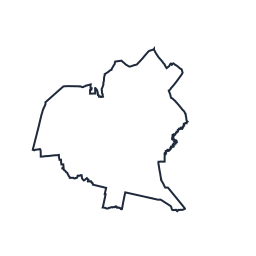 Balint, Timis, Romania, rotated 25°
{"feature_id": "2599482B87339498745971", "entity_name": "Balint", "entity_type": "district", "adm_level": 2, "iso_a3": "ROU", "parent_name": "Romania", "parent_adm1": "Timis", "projection": "mercator", "projection_center": [21.883, 45.829], "detail": "fine", "context": "isolated", "style": "outline", "palette": "slate", "viewbox_px": 256, "rotation_deg": 25, "n_neighbors": 0, "source": "geoboundaries", "source_scale": "gbopen_adm2", "svg_char_len": 5830}
<svg xmlns="http://www.w3.org/2000/svg" viewBox="0 0 256 256"><g transform="rotate(25 128 128)"><path d="M151.8,204.9L152.2,204.4L152.8,204.4L153.6,203.9L153.9,203.9L154.2,204.1L155.3,203.8L155.6,204.3L155.9,204.5L156.4,204.4L156.8,204.0L154.9,196.8L152.7,187.5L185.5,180.3L186.5,179.9L187.2,179.3L187.6,179.2L189.2,179.3L199.4,180.7L200.0,180.9L200.7,181.5L202.3,183.3L202.7,183.5L203.6,183.4L204.5,182.7L205.2,182.6L205.8,182.2L206.0,181.8L206.5,181.8L207.2,182.4L207.8,182.6L208.0,182.2L208.1,181.6L208.4,180.8L209.5,180.5L210.1,179.9L211.4,179.5L212.8,178.4L213.0,178.2L213.2,177.4L213.7,177.1L213.6,176.9L206.5,173.4L189.5,165.2L188.7,165.4L187.2,166.2L186.7,166.2L183.4,163.5L179.8,161.0L179.8,160.4L179.5,160.3L179.1,159.6L178.7,159.1L176.4,155.7L174.5,153.1L170.3,146.9L169.9,145.7L171.2,145.1L172.1,144.4L172.9,144.2L175.4,143.0L172.6,136.9L173.2,136.2L173.2,135.7L172.3,136.1L171.9,135.7L171.9,135.0L172.6,134.3L172.7,134.0L171.9,133.0L172.7,132.2L172.9,131.4L173.4,131.5L173.9,132.0L174.0,131.9L173.9,131.4L174.6,131.4L174.6,131.2L174.1,131.0L173.9,130.7L174.4,130.5L174.8,130.0L175.1,130.2L175.4,129.9L175.4,129.7L174.9,128.4L175.0,128.3L175.6,128.4L175.7,127.6L175.5,127.3L174.8,127.0L174.8,126.7L175.1,126.6L175.3,127.0L175.6,127.0L175.9,126.5L176.4,126.2L176.1,125.9L176.0,125.6L176.2,125.4L176.9,125.2L176.4,124.7L175.7,124.6L175.6,124.3L176.1,124.1L176.0,123.2L176.7,123.2L176.3,122.7L176.3,122.4L177.1,122.3L176.9,121.2L177.0,121.1L177.3,121.6L177.7,121.6L177.5,120.8L178.2,120.5L178.3,120.3L177.9,120.1L177.6,119.3L177.3,119.0L177.0,119.1L177.3,119.7L177.2,120.0L176.8,119.7L176.8,119.2L176.5,118.9L176.1,119.0L176.1,119.4L175.7,119.6L175.5,119.8L175.5,119.4L174.7,119.1L174.7,119.5L174.3,119.5L174.1,120.0L174.1,119.7L173.6,119.7L173.6,119.2L172.7,119.4L172.6,119.2L173.0,119.2L173.9,118.7L173.9,118.4L173.6,117.9L173.1,117.8L172.8,117.9L172.8,118.4L172.2,118.3L172.2,118.0L172.6,117.7L172.7,117.3L172.7,116.7L172.4,116.5L171.9,116.9L171.7,116.4L172.0,116.0L172.0,115.6L171.3,115.4L171.2,114.7L171.4,115.0L171.6,115.0L171.8,114.8L172.3,115.0L172.4,114.9L172.4,114.6L172.1,114.5L172.2,114.2L172.4,114.2L173.1,114.7L173.2,114.2L173.5,114.1L173.6,113.5L173.4,112.1L173.9,111.8L174.1,111.5L173.8,110.8L174.3,110.7L174.7,110.3L174.5,108.8L174.1,108.6L174.5,107.9L174.4,107.4L174.5,107.2L175.1,107.3L175.4,107.2L175.5,107.1L175.2,106.8L175.7,106.6L175.5,106.2L175.6,105.6L175.9,105.6L176.2,105.2L177.0,106.0L177.5,105.9L177.5,105.0L177.2,105.0L177.0,105.3L176.8,104.8L176.9,104.6L177.4,104.6L177.6,104.4L177.5,104.0L177.7,103.3L177.3,103.1L177.3,102.3L177.8,101.8L177.7,101.6L176.9,101.1L176.8,100.7L177.6,100.5L177.6,100.0L177.7,99.8L177.8,99.2L179.0,98.9L178.8,98.5L178.9,97.6L179.2,97.4L179.3,97.1L178.6,96.9L178.0,96.5L176.8,94.8L176.2,93.6L175.4,92.9L174.7,91.2L174.7,91.3L174.1,90.8L173.8,90.9L172.9,89.9L171.4,89.0L168.8,88.1L168.1,87.5L167.1,87.2L164.9,86.0L163.8,85.6L161.5,84.5L160.8,84.3L159.2,83.5L157.5,83.1L155.8,82.4L154.6,82.6L154.3,82.3L153.7,81.9L152.4,80.1L149.9,77.6L149.2,77.1L149.1,76.9L149.5,76.3L150.1,74.7L150.1,73.9L151.1,70.6L152.2,66.0L154.1,56.4L154.1,54.8L151.9,52.2L150.3,52.1L146.7,51.1L145.0,50.8L144.4,50.9L141.9,50.2L141.1,51.0L141.2,51.8L141.0,52.2L139.6,51.5L139.4,51.8L139.1,54.6L137.7,57.4L135.6,56.1L134.0,54.7L133.0,54.5L131.1,53.3L125.9,51.0L121.9,48.6L118.4,46.0L118.1,45.3L117.9,46.1L117.4,46.6L114.9,48.9L114.2,49.9L112.6,55.5L111.6,59.4L109.2,66.6L107.6,68.2L107.4,68.2L106.7,68.7L106.0,69.5L104.1,71.3L103.3,71.7L102.8,71.8L99.0,71.4L97.4,70.8L95.0,70.2L93.7,69.7L88.3,73.2L88.9,76.0L88.7,76.7L88.5,78.1L88.3,81.1L88.4,82.1L88.1,82.1L87.9,82.7L87.2,83.7L86.3,85.7L84.1,89.1L84.4,89.4L84.6,89.8L84.7,91.1L85.2,93.0L85.7,94.2L86.2,95.5L86.5,96.9L86.6,97.8L87.3,98.8L87.7,102.4L87.6,103.2L87.8,104.1L88.4,105.1L88.8,105.4L89.0,106.1L89.3,106.6L89.5,107.1L90.0,107.7L90.8,108.1L91.4,109.4L92.1,110.2L90.3,111.4L89.8,111.0L88.5,111.9L87.6,110.7L87.3,110.6L86.9,110.8L85.4,108.4L83.8,106.7L81.6,105.6L81.4,105.7L81.4,105.9L83.8,110.6L82.9,111.0L79.1,112.9L77.5,109.5L77.6,109.2L78.6,108.8L78.3,107.3L78.1,107.3L77.9,107.6L77.7,107.6L77.4,107.3L77.2,107.6L75.7,104.6L75.8,104.5L75.8,104.2L75.5,104.3L75.1,104.9L73.7,106.0L72.7,107.0L72.2,107.1L71.3,108.4L70.7,108.9L70.2,109.7L69.7,110.1L69.1,110.4L67.6,110.3L66.6,110.8L66.5,110.7L55.7,115.5L52.7,117.1L51.9,117.6L51.0,119.5L42.3,139.6L42.9,140.6L43.2,141.8L43.1,142.2L43.3,143.2L43.2,144.5L43.1,145.2L43.3,145.8L43.2,146.2L43.2,146.8L43.2,147.5L43.7,150.1L44.0,152.6L46.5,164.8L50.9,188.0L52.3,187.9L52.8,187.5L53.5,186.6L54.1,186.4L54.9,185.8L56.0,185.2L56.9,184.4L57.4,184.3L58.2,185.2L59.8,188.2L61.0,190.8L62.8,189.9L64.6,188.7L67.6,187.1L72.9,183.8L74.8,182.9L76.7,181.6L77.5,183.2L79.4,185.8L80.7,185.1L82.4,188.3L83.1,189.2L84.7,188.3L86.6,191.5L85.5,191.9L85.6,192.4L86.4,192.3L86.7,192.6L87.3,192.7L88.1,193.3L89.3,193.3L90.2,194.0L91.0,194.3L91.8,194.2L92.0,194.3L93.0,195.4L93.8,195.8L94.3,196.4L95.7,197.0L96.2,197.8L96.5,197.8L97.3,197.3L99.3,196.3L99.9,196.5L100.9,196.3L101.2,196.2L101.5,195.5L102.5,195.1L102.7,194.8L102.9,194.1L102.5,192.6L102.6,192.4L102.8,192.2L103.9,192.0L104.3,191.5L104.8,191.3L105.1,190.7L105.8,190.7L106.0,190.5L106.5,191.2L107.1,192.3L107.9,193.3L110.1,194.2L110.8,193.3L111.9,190.8L112.6,191.1L112.9,191.4L113.9,191.5L114.2,191.7L114.0,192.8L114.0,193.1L114.2,193.4L115.1,192.9L116.2,192.6L116.7,191.9L116.9,191.9L117.4,192.0L118.3,193.0L118.9,192.8L119.3,193.0L119.6,193.3L120.1,194.2L133.5,191.5L134.8,197.7L135.7,197.5L138.7,210.4L138.7,210.7L139.2,210.5L140.3,210.3L141.3,209.9L142.0,210.1L142.5,210.0L143.9,209.4L144.2,208.9L144.5,208.3L145.0,208.2L146.5,206.7L147.4,206.6L147.8,206.0L149.1,205.6L149.4,205.2L149.5,204.8L149.6,204.6L150.0,204.8L150.3,204.7L150.6,204.1L150.8,204.1L151.0,204.6L151.3,204.9L151.8,204.9Z" fill="none" stroke="#1e293b" stroke-width="2"/></g></svg>